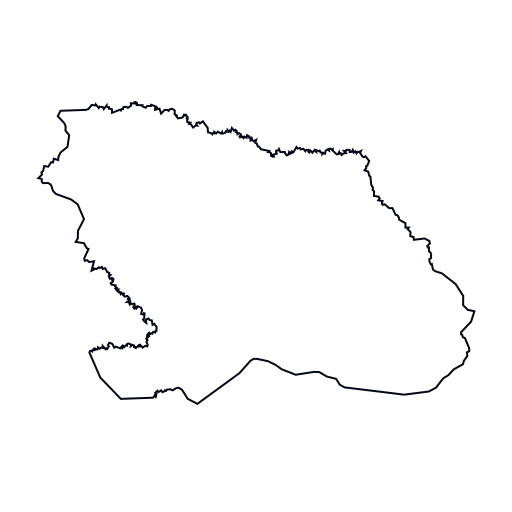 Bamnet Narong, Chaiyaphum, Thailand (Albers equal-area conic projection), rotated 2°
{"feature_id": "78962969B89125519314325", "entity_name": "Bamnet Narong", "entity_type": "district", "adm_level": 2, "iso_a3": "THA", "parent_name": "Thailand", "parent_adm1": "Chaiyaphum", "projection": "albers", "projection_center": [101.624, 15.47], "detail": "fine", "context": "isolated", "style": "outline", "palette": "ink", "viewbox_px": 512, "rotation_deg": 2, "n_neighbors": 0, "source": "geoboundaries", "source_scale": "gbopen_adm2", "svg_char_len": 6101}
<svg xmlns="http://www.w3.org/2000/svg" viewBox="0 0 512 512"><g transform="rotate(2 256 256)"><path d="M365.8,157.1L361.9,152.5L360.3,153.5L358.8,152.8L356.5,149.4L357.2,147.4L355.1,148.6L353.6,148.3L352.9,149.9L351.6,147.9L350.1,149.3L349.0,146.6L348.1,148.6L346.0,148.9L345.9,146.7L342.6,146.8L342.2,148.0L340.3,147.9L342.3,150.0L340.0,150.4L338.0,152.1L337.0,150.2L335.7,150.8L335.4,149.4L334.4,151.5L333.1,151.6L329.0,148.0L329.0,146.4L327.9,147.0L326.7,146.1L324.6,146.6L325.1,148.0L323.6,147.2L322.0,148.2L321.4,151.4L319.9,150.8L318.8,151.8L319.0,150.4L317.0,150.3L316.0,148.5L315.1,149.1L311.9,147.9L312.4,149.8L310.3,148.5L308.7,150.8L306.8,148.7L305.6,150.7L304.7,149.9L304.8,148.0L302.4,148.3L301.7,149.6L299.6,147.2L297.0,147.9L296.2,146.5L293.9,147.2L292.6,145.7L289.8,151.0L288.3,151.7L288.7,150.5L287.9,150.1L286.5,152.5L285.4,151.0L284.8,153.6L283.2,154.4L280.9,151.5L282.0,151.0L276.6,151.2L275.2,148.3L274.5,149.7L272.6,149.9L272.3,151.4L273.2,152.9L269.4,154.3L270.4,156.0L269.4,156.2L267.5,155.3L267.6,153.0L266.7,152.1L264.6,151.7L265.5,150.6L257.1,149.1L255.4,146.7L254.1,146.5L252.7,143.5L251.3,142.9L252.1,139.9L249.5,141.4L248.2,140.0L246.5,140.8L246.3,138.8L247.6,138.8L247.5,137.8L245.0,137.9L244.9,136.7L242.9,135.6L242.5,138.1L240.1,137.0L239.1,137.6L240.0,137.9L239.5,138.7L237.8,137.2L235.9,138.0L235.4,137.0L236.9,135.7L236.6,135.0L234.8,133.8L233.3,134.8L233.3,133.6L231.7,132.9L232.4,131.8L230.9,130.5L229.7,131.5L227.4,128.9L226.3,132.8L225.1,131.6L224.3,132.8L223.1,131.1L222.9,132.7L221.4,132.5L221.0,133.9L218.8,134.8L217.7,134.6L217.6,133.5L216.7,134.8L213.6,133.1L212.0,134.8L210.0,133.4L210.0,134.9L209.0,134.7L208.1,135.9L207.6,135.0L203.7,134.0L203.2,129.6L198.2,123.3L195.3,125.5L194.4,124.4L192.1,125.0L191.6,126.5L192.7,127.7L191.2,127.6L188.7,129.8L186.2,126.5L184.7,126.3L185.7,125.0L182.7,124.6L182.3,121.5L181.3,120.4L182.9,121.1L182.9,119.6L180.9,117.3L180.1,118.1L179.2,117.3L177.8,120.1L173.3,121.2L171.5,119.2L172.0,118.3L169.8,117.3L169.7,113.4L167.3,111.8L164.5,112.5L163.6,114.0L162.2,113.1L159.6,113.2L156.2,117.0L154.4,112.2L150.0,113.4L150.2,111.0L151.6,110.9L151.0,110.2L145.9,108.5L145.7,109.7L141.8,110.0L140.6,111.7L137.0,110.3L137.3,109.3L131.6,109.3L131.8,107.4L130.0,106.2L129.1,106.7L129.7,107.9L125.6,107.7L125.9,110.1L122.8,112.4L121.4,111.4L118.3,111.8L117.9,113.8L116.6,113.7L115.9,115.3L114.9,114.6L107.1,117.9L106.9,114.3L103.9,113.9L103.9,112.4L101.7,112.1L101.5,110.6L98.7,114.5L97.9,112.7L94.4,112.2L93.7,113.6L90.6,110.1L90.4,111.1L86.5,110.8L83.4,115.0L80.8,115.9L55.6,117.7L53.0,123.1L59.9,130.1L61.2,133.0L61.2,137.3L65.1,141.8L63.8,153.5L57.0,159.4L55.1,163.7L55.0,167.0L50.5,165.8L49.9,169.6L48.0,169.4L45.2,174.0L41.2,173.5L40.3,178.3L38.6,180.1L39.4,182.0L35.8,185.8L39.1,186.5L39.3,189.2L40.5,190.6L45.6,190.3L47.6,191.3L49.0,192.8L50.8,198.0L53.9,201.0L69.1,205.9L76.0,210.6L82.8,225.2L77.2,237.0L77.3,244.6L75.3,248.2L83.6,249.2L86.6,254.1L88.4,254.8L84.4,264.3L85.0,266.7L87.6,266.1L89.5,267.9L94.3,266.9L92.1,276.4L94.4,275.2L94.0,274.0L97.0,274.6L99.3,272.8L100.6,273.4L102.4,272.3L103.3,274.4L105.7,273.4L107.8,277.2L109.8,277.9L109.6,279.3L111.3,280.0L109.6,281.4L110.7,283.8L113.0,283.0L114.2,283.9L113.0,284.9L114.0,285.5L113.8,286.7L111.7,288.2L112.6,289.6L116.7,290.3L116.3,291.4L118.0,292.7L116.7,293.6L117.6,294.6L119.5,294.4L118.5,295.7L119.9,296.8L119.9,295.6L120.9,297.2L122.1,296.9L122.3,298.8L123.6,297.9L125.4,298.2L124.6,299.7L126.3,301.2L128.8,300.4L130.1,301.6L129.6,303.1L131.0,302.7L131.5,304.0L130.3,304.0L130.3,305.4L129.0,306.4L131.6,306.3L131.0,307.9L131.6,308.9L132.4,307.4L134.1,308.6L136.1,307.8L136.6,309.2L135.4,311.0L136.4,311.4L135.6,312.1L136.2,312.9L137.3,312.1L138.2,312.7L138.8,311.7L138.2,310.9L139.2,310.3L142.9,311.6L144.1,314.2L143.1,317.8L145.7,318.6L146.0,317.1L146.6,317.2L146.4,322.4L145.3,323.4L146.2,324.8L148.7,326.7L148.2,323.4L150.7,322.2L151.9,323.7L154.1,324.0L155.0,328.4L156.7,327.3L159.1,330.4L159.1,334.3L158.3,334.3L157.9,336.0L155.9,335.4L154.9,337.3L153.9,336.8L152.5,338.1L151.7,336.5L150.0,338.7L150.0,340.1L152.5,339.4L149.2,342.5L150.5,343.8L149.5,345.7L150.9,348.7L150.5,350.1L148.4,349.7L145.8,351.5L144.6,350.0L143.6,350.1L143.4,348.8L142.3,348.9L141.6,349.6L142.4,350.5L139.1,351.1L139.0,352.1L137.3,351.3L137.3,349.7L135.6,349.2L134.0,350.5L134.2,348.8L131.5,347.9L130.2,348.5L130.2,350.1L128.8,349.9L127.5,351.6L126.8,350.7L125.7,352.4L125.3,350.7L123.5,353.0L119.0,351.5L117.6,352.6L115.3,348.7L112.4,347.8L111.1,350.4L112.1,351.5L110.7,353.9L109.8,353.5L109.2,354.5L106.2,351.5L106.5,353.3L104.6,352.8L103.0,354.1L101.3,352.9L101.3,354.2L100.3,354.9L98.7,354.3L98.9,355.3L97.8,355.6L96.9,354.7L95.7,357.1L95.0,356.3L93.5,356.7L92.8,358.1L104.6,382.9L125.9,403.5L158.1,401.2L159.5,399.2L160.7,400.4L161.2,398.3L160.3,397.6L161.1,396.9L160.2,396.2L162.2,394.1L163.2,395.4L166.0,393.6L167.2,395.3L170.0,394.1L169.9,393.4L171.1,393.7L171.7,392.6L175.1,392.2L177.4,393.2L181.1,390.7L183.3,390.4L186.7,392.2L192.7,401.1L202.6,405.8L243.5,373.7L254.1,360.9L257.2,358.9L260.8,358.8L271.6,360.7L279.3,364.1L285.4,368.2L299.8,373.3L318.0,369.8L323.3,369.8L331.0,374.0L340.4,376.0L344.0,381.5L349.0,384.2L408.9,389.4L433.4,385.4L440.5,381.3L447.3,371.8L452.6,368.2L457.6,362.4L466.6,356.9L467.4,353.5L470.7,348.5L470.1,345.0L472.4,343.8L472.3,340.7L467.6,330.6L465.6,330.0L464.8,327.5L463.8,327.2L463.6,325.0L473.2,314.2L476.2,303.6L469.5,302.4L464.7,297.9L464.5,288.7L456.5,277.1L442.5,266.9L435.5,264.9L433.3,263.3L432.0,257.9L431.1,258.3L429.8,256.1L429.2,253.2L431.0,252.1L430.9,248.2L430.2,246.3L428.8,245.5L428.5,241.4L427.6,241.6L426.7,240.1L429.3,237.5L428.8,235.0L423.9,232.6L413.2,234.3L412.8,231.6L409.5,230.8L409.6,226.7L406.6,223.8L407.7,222.3L404.3,222.3L404.2,218.0L397.8,214.7L397.4,212.5L396.0,210.4L394.0,209.9L390.7,203.4L387.4,203.5L382.8,199.8L380.8,200.4L379.9,198.9L380.6,196.7L376.3,196.1L377.6,194.1L376.5,192.4L371.8,191.9L371.7,187.2L370.3,185.9L370.5,183.7L368.6,180.6L367.6,172.6L366.3,171.8L365.3,167.8L361.5,166.5L363.1,164.3L362.9,162.4L364.1,161.8L365.8,157.1Z" fill="none" stroke="#020617" stroke-width="2"/></g></svg>